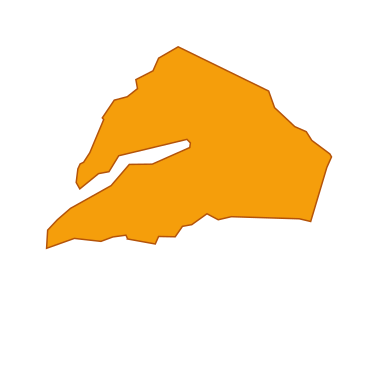 outline of Perquimans, North Carolina, United States of America, rotated 123°
{"feature_id": "52423323B57598865741188", "entity_name": "Perquimans", "entity_type": "district", "adm_level": 2, "iso_a3": "USA", "parent_name": "United States of America", "parent_adm1": "North Carolina", "projection": "robinson", "projection_center": [-76.396, 36.227], "detail": "fine", "context": "isolated", "style": "filled", "palette": "amber", "viewbox_px": 384, "rotation_deg": 123, "n_neighbors": 0, "source": "geoboundaries", "source_scale": "gbopen_adm2", "svg_char_len": 790}
<svg xmlns="http://www.w3.org/2000/svg" viewBox="0 0 384 384"><g transform="rotate(123 192 192)"><path d="M85.0,97.1L83.5,119.6L79.2,129.0L81.2,141.4L76.3,168.7L65.6,182.7L77.8,282.7L97.9,292.9L111.6,290.7L128.3,300.3L135.0,294.0L147.4,298.2L157.3,307.2L178.7,307.6L179.3,305.5L214.7,299.1L226.1,299.1L229.4,301.1L234.8,300.3L247.1,294.3L250.5,287.8L227.5,280.4L220.2,272.7L201.5,273.2L150.6,224.9L151.7,220.1L155.9,218.1L190.3,240.5L203.0,259.6L230.7,263.3L271.9,285.0L288.6,289.8L302.6,292.3L318.4,283.3L295.0,265.4L283.0,241.5L272.8,233.9L264.2,223.9L266.1,220.8L266.6,220.7L255.6,194.5L247.5,195.8L238.7,181.7L226.0,181.3L219.5,174.4L202.1,167.6L201.0,154.9L191.3,145.6L156.0,87.4L152.1,76.4L98.0,92.3L86.6,94.1L85.0,97.1Z" fill="#f59e0b" stroke="#b45309" stroke-width="1.5"/></g></svg>